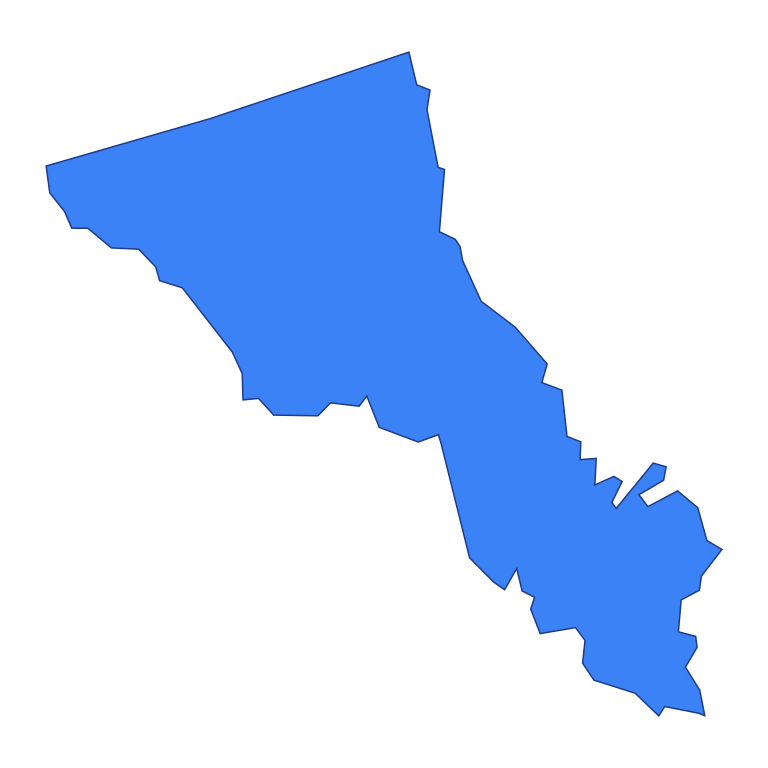 Bryan, Georgia, United States of America (Natural Earth projection)
{"feature_id": "52423323B43145970536326", "entity_name": "Bryan", "entity_type": "district", "adm_level": 2, "iso_a3": "USA", "parent_name": "United States of America", "parent_adm1": "Georgia", "projection": "natural_earth1", "projection_center": [-81.366, 31.984], "detail": "fine", "context": "isolated", "style": "filled", "palette": "blue", "viewbox_px": 768, "rotation_deg": 0, "n_neighbors": 0, "source": "geoboundaries", "source_scale": "gbopen_adm2", "svg_char_len": 1120}
<svg xmlns="http://www.w3.org/2000/svg" viewBox="0 0 768 768"><path d="M658.8,715.9L664.7,706.6L698.5,713.2L704.8,715.7L699.7,690.1L685.4,667.1L697.1,647.4L695.7,636.4L678.4,631.8L681.2,599.9L699.4,590.2L701.4,576.1L721.9,549.5L706.9,540.5L697.8,507.8L677.6,490.9L647.9,506.6L638.9,494.7L663.6,480.3L666.1,466.8L653.2,463.1L616.2,508.4L611.9,502.4L622.1,481.5L613.9,476.4L594.9,484.9L596.2,458.4L580.1,459.6L580.8,441.9L567.0,436.4L561.9,390.2L541.8,382.6L547.2,364.0L515.3,327.3L481.2,301.3L462.6,260.5L460.1,246.7L455.3,239.4L439.4,231.7L444.5,169.5L438.1,167.3L427.0,109.7L430.0,90.1L416.7,84.8L408.9,52.1L210.2,118.6L46.1,166.0L49.8,193.0L64.5,211.4L71.8,228.2L87.9,228.3L111.4,247.9L138.7,249.2L155.8,267.0L159.6,280.7L182.3,287.8L232.3,352.1L242.2,373.6L243.0,399.9L258.5,398.4L273.7,415.1L317.8,415.8L330.5,402.9L359.2,406.2L366.8,396.1L379.3,427.4L418.2,442.0L438.4,434.7L441.3,444.3L469.6,557.9L493.9,582.3L504.6,589.7L516.7,568.5L522.1,591.0L534.6,597.3L530.7,609.1L540.2,633.6L575.5,627.6L585.0,640.4L582.6,663.2L594.0,680.2L635.1,693.2L658.8,715.9Z" fill="#3b82f6" stroke="#1e3a8a" stroke-width="1.5"/></svg>